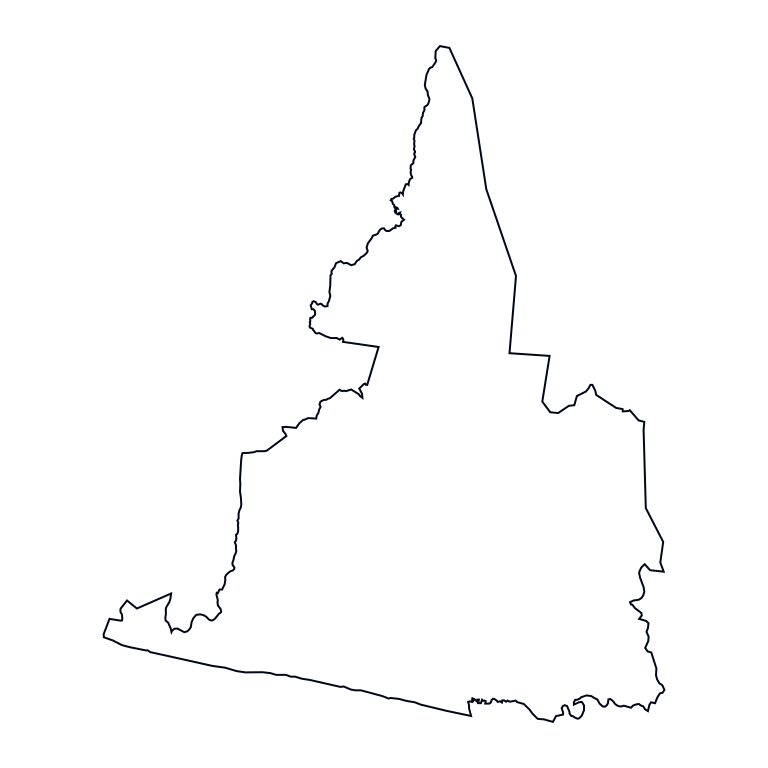 Sud-Comoe, Sud-Comoé, Ivory Coast
{"feature_id": "98640826B87421109468433", "entity_name": "Sud-Comoe", "entity_type": "district", "adm_level": 2, "iso_a3": "CIV", "parent_name": "Ivory Coast", "parent_adm1": "Sud-Comoé", "projection": "natural_earth1", "projection_center": [-3.37, 5.661], "detail": "fine", "context": "isolated", "style": "outline", "palette": "ink", "viewbox_px": 768, "rotation_deg": 0, "n_neighbors": 0, "source": "geoboundaries", "source_scale": "gbopen_adm2", "svg_char_len": 6111}
<svg xmlns="http://www.w3.org/2000/svg" viewBox="0 0 768 768"><path d="M103.9,637.3L113.0,640.5L121.6,645.0L129.4,647.1L146.3,650.5L147.5,650.2L150.2,652.1L212.3,665.9L225.2,667.7L236.6,671.1L245.6,672.4L262.3,672.2L270.3,673.1L276.2,674.9L286.0,674.9L290.9,676.7L295.3,676.7L301.7,678.7L309.6,679.9L340.4,686.9L343.7,686.5L351.0,689.6L355.3,690.3L360.8,690.3L382.8,696.2L388.5,698.5L390.8,698.0L398.9,698.9L406.9,701.0L414.8,702.3L420.7,704.6L446.4,710.8L471.1,716.0L469.1,708.5L469.0,705.0L468.1,701.9L469.9,701.3L472.1,702.1L473.2,701.3L473.3,700.0L472.1,699.8L472.4,698.3L474.2,699.0L477.1,701.7L477.3,699.6L478.9,699.6L478.2,703.1L480.9,703.1L482.1,699.8L483.0,700.8L484.5,700.6L485.7,701.1L485.2,703.6L489.3,703.6L490.8,702.5L491.5,700.2L492.9,698.8L494.3,699.0L496.5,700.4L497.8,701.9L500.1,701.3L501.9,702.5L502.3,700.4L504.0,700.4L506.2,701.7L507.5,700.6L510.0,701.7L515.7,700.6L517.2,702.1L523.8,704.0L529.6,709.6L532.1,713.2L537.6,718.8L544.1,719.4L552.9,721.9L556.0,716.1L563.0,714.6L563.1,712.5L561.7,708.1L562.8,706.1L564.8,705.2L567.1,706.1L569.4,711.7L569.6,713.6L571.2,715.9L573.2,716.3L574.3,717.3L577.3,718.6L578.6,718.6L580.2,717.3L581.8,715.7L584.0,710.2L584.0,705.4L581.8,701.9L578.9,702.3L573.9,704.6L573.9,702.3L575.2,699.8L577.0,699.8L579.5,698.8L581.1,697.3L586.5,695.4L591.3,696.1L594.4,698.1L597.3,699.4L599.6,703.6L602.3,706.1L603.9,706.7L605.3,706.5L606.8,705.2L607.9,703.4L608.4,699.4L610.4,699.0L613.6,701.7L614.7,703.6L616.7,705.2L618.5,706.1L621.0,706.5L623.8,705.7L631.0,707.7L633.2,705.5L636.1,704.4L638.9,704.0L641.3,705.7L643.2,706.3L645.0,709.2L647.9,711.1L649.5,704.6L651.1,702.3L655.1,703.2L657.2,697.7L659.9,693.4L662.6,692.7L664.4,689.8L662.3,685.2L659.4,683.3L657.1,679.4L656.0,675.2L656.4,668.5L651.3,652.5L647.6,651.4L645.2,647.9L648.3,641.0L648.6,636.6L646.5,631.8L647.9,628.3L648.5,623.2L646.1,620.9L639.1,618.9L641.8,615.5L641.4,613.0L635.0,608.2L632.3,604.7L631.0,604.5L630.0,602.2L633.5,600.5L638.8,599.7L641.3,598.2L643.2,595.5L644.3,591.7L643.6,587.1L640.2,578.0L639.1,573.0L639.7,570.9L641.3,567.5L644.7,564.2L650.1,570.2L663.7,571.7L660.3,562.5L663.2,541.9L645.8,508.1L643.6,429.8L644.3,421.9L638.6,420.4L629.8,410.2L628.5,411.0L622.8,411.4L622.6,409.1L616.1,407.9L596.2,394.9L595.3,390.8L592.4,384.9L590.4,384.9L588.6,388.3L585.8,391.6L576.9,396.0L574.3,405.2L568.9,405.8L558.1,413.1L550.2,412.2L542.3,401.6L549.6,355.9L509.5,353.2L516.0,276.0L486.3,189.2L472.3,98.4L449.4,47.9L439.9,46.1L435.7,51.1L435.3,58.2L436.2,60.5L435.4,62.5L432.3,67.0L430.5,67.7L429.0,69.0L426.5,74.9L424.8,85.0L425.6,88.5L427.6,91.7L427.9,95.0L429.4,98.8L429.4,100.0L428.2,103.8L427.5,104.9L424.4,107.1L424.4,110.2L423.0,112.9L422.6,116.3L421.5,117.8L421.0,123.1L418.9,125.9L417.7,128.6L415.8,130.5L414.3,134.9L414.2,138.0L413.7,138.9L414.5,140.6L414.1,144.5L414.6,145.9L413.9,149.4L415.0,151.4L415.0,152.4L414.3,153.2L414.2,154.1L415.3,157.0L413.5,160.2L413.3,163.2L411.1,165.0L410.7,166.0L410.6,168.9L411.1,169.4L410.6,172.3L411.2,175.3L412.2,176.9L412.2,177.8L410.1,179.0L408.9,182.0L408.6,184.9L407.8,184.1L405.8,184.3L403.1,191.5L402.9,194.4L402.2,193.3L400.2,192.4L399.4,192.9L399.0,195.9L395.5,196.7L393.0,198.7L391.6,198.9L390.7,200.3L392.2,201.2L392.8,203.8L394.2,205.1L394.4,207.3L394.9,207.9L395.5,207.2L397.3,207.9L397.8,208.8L396.8,208.7L394.7,210.7L395.2,212.2L396.1,211.7L396.4,213.6L398.0,214.4L399.2,212.8L400.2,212.5L399.7,214.2L401.1,214.9L400.9,216.1L401.3,217.3L404.0,219.7L401.4,221.8L400.7,225.2L399.2,226.2L395.8,225.4L395.2,227.0L395.5,227.7L393.1,228.3L389.5,230.9L388.4,231.0L386.6,231.0L385.4,230.3L383.9,228.3L382.1,228.4L380.4,229.4L379.0,231.2L378.2,233.1L376.7,234.4L372.8,235.7L371.7,238.2L367.8,243.4L366.6,247.7L367.7,250.9L366.8,252.9L363.8,255.7L360.6,257.5L359.3,259.4L356.5,261.3L354.7,264.2L351.2,265.2L346.9,262.9L343.7,263.3L340.7,261.1L336.0,263.2L334.5,267.3L331.7,270.6L331.4,272.3L331.8,273.7L330.5,275.5L330.2,286.0L329.4,291.9L330.3,296.0L328.9,301.2L327.6,303.6L327.5,306.1L324.7,306.5L322.5,305.3L322.1,304.4L320.5,303.7L317.9,304.7L317.0,304.1L315.7,302.1L313.7,301.2L312.4,301.9L312.2,303.2L310.7,305.4L311.8,309.2L313.1,309.1L314.8,310.6L315.2,314.3L314.9,315.0L311.8,318.0L310.5,317.8L310.1,318.8L310.3,321.1L309.8,321.9L310.2,323.8L309.5,326.7L310.1,327.7L312.8,328.8L313.0,329.7L315.5,333.0L316.8,333.5L319.2,333.0L325.7,336.3L331.0,338.1L336.7,338.0L339.6,339.6L342.2,337.8L342.9,338.5L343.4,340.2L343.0,341.9L378.6,347.0L367.2,384.9L365.9,384.8L365.2,383.6L363.8,384.1L359.3,388.5L362.0,393.8L362.4,397.8L360.2,396.2L358.6,394.1L351.2,389.5L345.8,391.2L344.4,390.7L342.0,391.1L339.5,389.8L330.0,398.1L327.7,398.9L326.3,399.8L323.9,399.9L320.5,401.6L319.5,404.4L320.6,406.8L319.1,409.7L318.4,412.9L316.8,415.4L316.2,418.6L308.6,418.1L307.0,418.5L305.3,419.5L303.2,419.9L299.3,423.3L296.1,427.9L286.4,426.9L282.5,427.1L283.0,430.8L285.3,433.7L286.4,436.0L266.7,450.7L264.0,451.2L256.5,451.2L253.9,452.2L248.2,452.9L242.6,453.0L241.9,454.7L241.2,459.7L240.0,479.1L240.3,484.0L240.0,491.7L240.9,497.6L241.3,504.3L240.9,507.3L239.5,510.1L238.6,513.4L238.6,518.5L237.4,520.7L238.3,522.6L237.9,525.3L238.2,527.5L238.1,531.5L237.4,533.7L236.0,534.8L236.4,538.2L236.1,538.9L236.2,540.3L234.8,542.2L236.1,545.6L235.9,548.2L236.3,551.0L235.6,553.4L234.1,556.5L233.6,559.5L232.4,562.9L232.6,565.0L234.4,567.4L234.2,568.9L233.1,570.3L230.4,571.3L228.8,572.4L226.0,575.1L225.1,577.2L225.3,580.2L224.6,584.3L222.1,589.5L219.5,589.5L217.8,593.2L216.8,592.8L216.5,593.5L216.5,595.0L217.8,600.0L217.5,602.4L217.9,605.5L220.4,608.7L221.2,611.5L220.9,612.4L218.8,613.9L214.9,618.8L212.7,620.3L211.3,620.5L209.0,619.6L206.3,616.8L203.5,615.1L200.4,614.4L196.9,614.7L195.8,615.3L193.4,618.1L191.6,622.1L190.8,627.2L188.9,629.9L187.3,631.3L184.3,632.2L177.5,628.6L175.7,628.6L174.2,628.9L172.2,630.6L171.5,632.0L170.8,628.7L168.1,622.6L165.7,620.6L165.3,618.0L165.9,613.9L165.8,608.7L166.4,607.0L169.4,602.0L170.4,598.8L171.1,593.5L136.9,608.5L127.0,600.5L120.8,608.4L120.4,609.4L120.5,612.0L122.0,614.6L122.3,619.0L122.0,620.5L120.5,620.6L109.5,618.9L103.8,633.8L103.6,633.4L103.9,637.3Z" fill="none" stroke="#020617" stroke-width="2"/></svg>